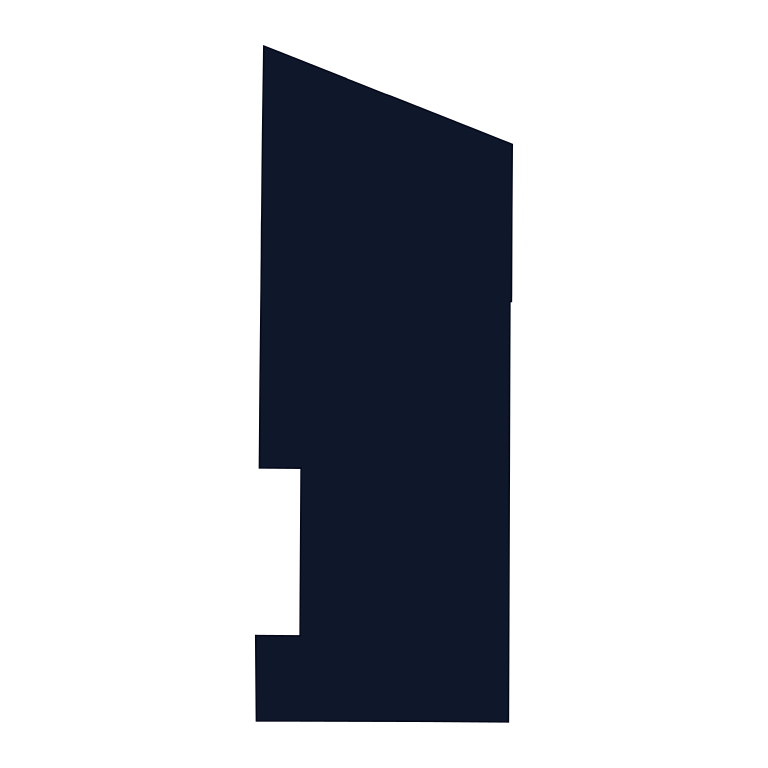 outline of San Lorenzo, Chaco, Argentina
{"feature_id": "61730980B68692027499582", "entity_name": "San Lorenzo", "entity_type": "district", "adm_level": 2, "iso_a3": "ARG", "parent_name": "Argentina", "parent_adm1": "Chaco", "projection": "orthographic", "projection_center": [-60.378, -27.376], "detail": "fine", "context": "isolated", "style": "filled", "palette": "ink", "viewbox_px": 768, "rotation_deg": 0, "n_neighbors": 0, "source": "geoboundaries", "source_scale": "gbopen_adm2", "svg_char_len": 675}
<svg xmlns="http://www.w3.org/2000/svg" viewBox="0 0 768 768"><path d="M511.4,301.5L511.5,293.5L511.8,211.4L512.2,151.3L512.3,144.4L506.6,142.1L501.1,140.0L493.4,136.9L470.1,127.6L462.4,124.6L455.1,121.7L390.2,96.0L384.4,94.0L377.3,91.2L353.7,81.8L345.9,78.8L346.0,78.6L272.0,49.3L267.9,47.7L263.8,46.1L262.6,131.9L262.5,140.3L262.3,160.2L261.8,215.7L261.6,223.3L261.4,259.7L261.3,266.7L261.1,291.6L261.0,298.9L260.1,383.5L259.4,467.9L301.1,468.2L300.3,594.3L300.1,635.9L258.6,635.6L255.7,635.5L256.4,720.9L281.7,720.9L426.3,721.3L508.4,721.9L508.7,638.7L509.2,492.3L509.3,469.6L509.6,374.3L509.9,301.5L511.4,301.5Z" fill="#0f172a" stroke="#020617" stroke-width="1.5"/></svg>